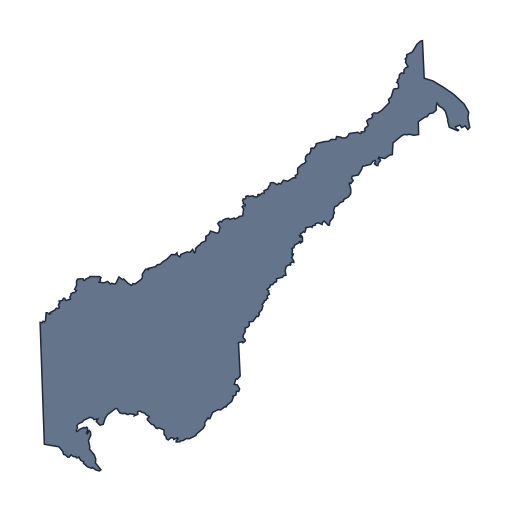 Urucará, Amazonas, Brazil (orthographic projection), rotated 268°
{"feature_id": "56859067B25055212595195", "entity_name": "Urucará", "entity_type": "district", "adm_level": 2, "iso_a3": "BRA", "parent_name": "Brazil", "parent_adm1": "Amazonas", "projection": "orthographic", "projection_center": [-58.835, -1.25], "detail": "fine", "context": "isolated", "style": "filled", "palette": "slate", "viewbox_px": 512, "rotation_deg": 268, "n_neighbors": 0, "source": "geoboundaries", "source_scale": "gbopen_adm2", "svg_char_len": 5972}
<svg xmlns="http://www.w3.org/2000/svg" viewBox="0 0 512 512"><g transform="rotate(268 256 256)"><path d="M377.1,474.1L386.6,472.6L392.4,473.6L400.6,469.3L410.5,459.4L417.9,449.5L424.8,438.9L427.8,430.3L465.4,429.9L465.0,427.9L462.0,424.3L454.4,419.3L451.9,413.6L449.3,413.6L447.7,411.9L446.7,412.8L444.3,412.2L439.9,414.6L438.9,412.2L437.1,410.5L433.5,410.1L433.9,407.7L432.3,405.7L428.5,405.1L426.9,403.4L425.7,404.0L424.6,402.6L423.3,404.2L419.2,404.3L418.4,403.1L418.2,399.8L417.4,399.0L410.2,396.7L407.9,393.9L404.6,394.6L397.0,386.5L394.5,382.3L394.9,379.0L393.4,376.8L391.9,377.4L389.6,376.3L389.2,373.9L387.2,371.4L382.3,372.7L380.1,369.5L378.8,368.9L377.6,369.5L376.5,368.7L376.4,365.5L375.1,365.5L374.6,364.4L376.1,362.1L375.3,354.6L374.8,353.3L372.1,351.6L370.9,349.2L371.0,345.9L371.9,344.7L372.6,340.7L369.7,339.8L369.8,334.9L368.2,333.1L367.9,327.9L366.2,320.1L363.9,319.5L361.4,317.5L362.0,315.8L361.5,314.5L359.0,314.4L356.2,313.0L355.7,310.8L353.6,309.1L350.5,308.6L348.8,309.3L346.9,307.7L346.0,305.2L342.2,300.7L336.4,300.4L335.0,298.0L332.8,298.4L332.9,296.0L329.6,290.2L330.8,286.1L327.1,283.2L327.9,281.3L326.5,279.7L328.7,276.0L328.8,273.7L328.2,272.7L326.5,272.6L325.1,271.2L322.7,270.4L320.9,266.2L318.7,266.5L318.4,264.0L316.6,261.8L317.5,261.0L317.1,259.9L315.9,260.1L314.9,259.0L315.3,256.3L316.3,255.0L315.7,250.7L316.6,250.1L315.9,247.9L314.6,248.0L313.3,246.6L313.4,245.1L311.7,244.5L310.6,245.2L308.7,245.1L307.8,247.1L306.4,246.9L306.5,244.6L305.6,243.8L303.6,245.2L296.6,244.1L296.1,240.4L294.9,239.3L293.7,236.3L294.7,235.5L293.4,230.9L294.7,230.0L294.3,227.1L293.0,224.2L291.3,222.8L292.0,221.3L289.7,218.9L286.1,221.1L281.4,219.7L280.0,218.4L282.5,211.3L279.2,209.8L277.4,206.5L272.9,206.3L271.2,201.9L268.8,200.0L268.5,198.8L265.7,195.9L262.1,195.6L261.3,194.5L264.8,192.9L261.9,190.1L262.5,187.2L260.2,181.0L257.8,180.0L259.4,177.5L262.0,177.1L260.1,175.2L260.5,171.7L255.9,166.9L253.4,162.5L251.2,160.3L250.7,157.1L248.7,154.8L247.4,147.7L246.1,148.0L246.8,145.3L242.0,141.8L238.3,141.6L236.7,140.5L232.3,134.3L232.7,132.0L230.9,130.5L233.2,127.1L237.7,122.9L237.0,121.8L239.9,118.3L234.2,115.4L232.8,114.0L233.8,110.8L232.9,109.6L235.8,106.8L234.5,103.2L235.3,98.3L236.9,99.7L238.3,99.3L239.7,100.4L240.9,99.0L241.3,89.3L240.2,88.3L239.0,85.2L237.5,83.9L237.6,82.8L239.0,82.7L239.4,81.3L239.1,76.8L237.4,75.8L232.8,75.6L229.0,73.6L227.6,75.3L225.7,73.4L225.9,72.1L224.7,69.7L223.6,69.8L221.6,68.6L219.3,69.0L218.2,64.2L220.4,63.3L220.5,62.2L218.3,60.9L217.8,57.6L215.4,58.2L214.9,57.1L213.7,56.8L211.6,57.7L210.5,56.8L210.8,54.5L209.0,53.2L206.6,48.1L205.6,48.6L205.0,47.6L206.6,45.4L206.6,44.3L198.9,43.4L197.5,42.4L198.2,40.9L196.9,40.3L197.2,37.9L75.2,37.9L72.2,52.4L67.4,56.0L64.4,56.8L64.0,58.3L61.5,60.9L61.5,62.3L63.7,64.1L61.8,66.7L61.8,68.7L60.5,69.5L60.5,70.8L61.4,72.0L58.0,73.6L56.3,76.5L54.8,76.4L51.2,80.2L49.6,84.3L50.3,85.1L47.9,88.2L46.6,91.9L47.8,93.6L54.7,88.3L58.6,88.8L63.0,87.4L68.8,82.9L71.5,83.2L77.3,82.1L82.8,84.7L86.0,84.4L87.5,83.1L84.2,81.4L84.7,80.4L87.7,81.5L89.9,81.6L90.9,80.8L90.0,79.2L90.7,78.1L88.9,73.6L87.1,71.8L86.9,70.5L88.2,70.4L90.3,71.6L92.7,71.1L94.6,72.7L96.1,76.7L97.9,78.1L100.6,84.5L99.7,87.2L98.1,88.5L98.7,92.2L96.2,90.6L92.3,94.1L93.2,97.5L99.0,99.5L102.7,102.1L108.4,110.2L108.4,111.7L103.9,114.5L103.1,116.9L103.3,120.2L102.3,121.0L102.0,122.8L102.8,124.3L101.8,129.1L100.5,128.7L101.9,132.4L104.1,132.1L104.9,133.3L105.0,135.2L104.0,136.0L102.6,139.7L101.3,140.4L99.4,143.6L98.0,143.0L97.6,141.8L96.1,141.6L91.4,145.8L90.9,147.7L87.3,150.2L86.9,151.7L87.9,152.4L85.4,157.9L80.6,158.0L79.0,159.7L76.4,160.1L75.2,161.9L77.5,164.9L76.8,167.3L75.5,167.5L77.1,171.3L75.9,171.6L74.1,169.8L73.0,169.7L72.9,173.4L73.9,174.2L74.1,176.8L76.0,179.9L75.7,183.0L78.7,189.7L80.0,190.1L85.8,197.4L88.7,199.1L91.1,198.8L96.0,202.4L95.0,203.1L95.1,204.3L101.2,207.2L103.8,212.7L103.4,215.4L106.6,219.7L106.1,220.7L108.4,222.4L111.5,226.6L115.8,228.5L116.7,228.0L117.7,231.0L121.5,231.8L121.2,234.0L123.8,235.0L127.9,232.8L128.5,229.8L133.3,231.4L134.0,232.0L133.6,233.2L136.6,236.0L170.0,235.5L170.8,239.4L169.7,239.9L171.2,242.2L172.6,242.3L174.9,240.2L177.1,240.4L180.8,242.6L184.4,242.6L185.1,245.2L186.7,246.8L190.4,247.0L190.7,250.7L195.7,254.5L195.4,256.1L197.8,257.4L198.8,256.6L202.1,260.0L206.1,261.2L207.5,260.5L209.5,262.5L211.1,262.8L211.3,264.3L212.9,265.1L213.2,266.2L215.8,265.7L217.5,268.2L219.6,267.1L220.5,267.6L222.4,265.8L224.4,268.8L226.6,269.3L226.8,271.6L229.4,273.8L229.2,275.1L230.3,275.8L232.5,275.6L233.9,281.9L235.5,282.8L235.6,285.3L240.7,284.6L244.7,286.0L246.1,288.9L245.6,289.9L246.6,290.6L248.3,289.9L247.7,290.5L248.8,291.8L248.2,293.5L249.8,293.5L252.9,291.6L255.9,293.2L256.5,293.2L255.9,292.3L256.5,292.1L260.5,292.6L262.3,292.1L262.9,294.2L265.6,295.1L267.5,298.8L269.0,300.1L268.9,300.8L268.6,300.2L267.4,300.8L268.9,303.0L273.1,303.1L273.7,300.5L274.9,300.2L274.8,301.9L275.7,301.1L276.8,301.5L278.6,304.4L278.0,305.5L281.0,306.8L282.5,306.6L283.4,312.0L282.7,313.0L284.1,313.5L284.7,316.2L286.0,316.4L287.1,319.3L285.1,323.1L287.2,323.7L288.6,325.4L284.2,329.2L284.3,330.4L287.9,331.1L291.9,334.5L294.9,334.8L296.2,335.9L299.0,335.2L302.7,336.6L303.3,338.9L306.4,341.9L307.5,345.2L309.5,345.8L311.9,350.5L314.9,352.8L319.3,353.1L325.1,351.7L325.8,351.9L325.1,353.4L328.0,355.8L330.3,354.2L332.4,355.0L333.4,361.1L338.9,364.6L341.8,365.5L343.6,373.9L346.5,376.0L347.4,378.1L346.4,378.9L344.0,377.5L342.2,379.7L342.1,381.0L344.2,381.3L347.1,383.8L348.5,383.2L349.0,381.7L350.4,382.1L348.9,388.1L352.1,392.9L352.6,395.8L364.1,396.8L371.4,406.2L372.3,409.0L371.8,410.9L372.3,413.5L371.1,417.9L371.7,422.8L384.5,422.9L388.8,429.4L389.3,431.9L392.2,434.1L392.8,438.0L395.7,441.4L399.3,441.3L402.4,442.3L399.3,444.4L397.2,447.7L394.0,450.3L386.2,452.4L384.5,452.2L377.9,453.7L374.1,462.0L374.6,462.9L375.2,462.6L375.8,460.7L378.1,459.8L379.7,464.3L377.1,466.0L378.7,469.5L375.0,472.1L377.1,474.1Z" fill="#64748b" stroke="#1e293b" stroke-width="1.5"/></g></svg>